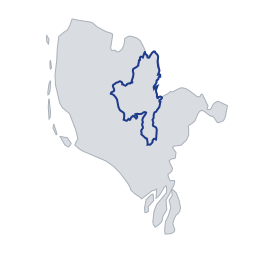 location of Gelderland within Netherlands, rotated 279°
{"feature_id": "NLD-896", "entity_name": "Gelderland", "entity_type": "Province", "adm_level": 1, "iso_a3": "NLD", "parent_name": "Netherlands", "parent_adm1": "", "projection": "natural_earth1", "projection_center": [5.899, 52.128], "detail": "fine", "context": "in_parent", "style": "outline", "palette": "blue", "viewbox_px": 256, "rotation_deg": 279, "n_neighbors": 0, "source": "natural_earth", "source_scale": "10m", "svg_char_len": 6334}
<svg xmlns="http://www.w3.org/2000/svg" viewBox="0 0 256 256"><g transform="rotate(279 128 128)"><path d="M165.7,222.7L160.4,222.6L155.5,222.5L152.8,222.1L150.1,221.1L148.8,219.0L147.3,216.5L147.7,215.0L152.3,210.7L153.0,209.5L152.5,208.8L153.0,206.9L156.5,200.4L157.0,197.8L155.4,196.0L153.1,194.9L145.7,193.0L142.2,190.3L140.5,188.0L138.9,187.3L136.5,188.1L130.3,189.0L125.3,187.7L119.4,183.2L118.1,179.2L117.3,176.2L115.9,175.1L113.9,176.7L111.4,179.2L106.4,179.5L105.0,178.9L104.8,177.5L104.5,176.2L103.1,174.6L101.7,173.7L95.3,178.2L93.0,178.2L90.1,176.5L88.6,174.7L85.4,175.7L82.5,177.9L83.4,181.9L81.9,182.6L78.3,182.2L74.3,180.6L69.7,179.6L62.9,176.8L53.4,179.1L46.8,176.4L41.3,176.1L37.9,174.0L34.2,170.4L36.8,168.0L39.4,167.2L49.5,166.7L56.8,168.2L69.9,176.0L73.2,175.9L76.8,174.9L75.0,172.8L71.7,171.8L66.8,169.7L62.9,166.7L72.1,165.8L70.9,164.2L69.7,161.6L60.1,152.5L61.8,150.1L64.2,144.8L67.3,140.4L69.7,139.3L73.7,136.1L82.4,127.1L87.9,119.7L92.1,110.9L98.2,86.7L100.0,82.6L102.9,78.1L106.5,79.0L109.0,80.3L117.8,76.8L133.1,67.9L137.6,60.2L142.0,56.6L159.4,49.6L169.1,47.6L183.9,47.0L194.6,45.8L207.5,45.3L212.5,49.6L215.3,52.8L219.9,54.5L227.0,55.7L226.7,62.0L226.8,74.3L226.3,76.5L223.1,81.7L219.8,91.0L218.9,97.1L217.9,98.3L204.3,98.3L202.4,99.3L202.1,100.7L202.8,102.3L202.5,103.8L201.4,105.1L202.0,107.1L204.4,109.5L208.7,110.9L213.3,111.0L215.6,110.8L217.4,112.4L219.1,115.0L219.0,118.2L218.3,122.5L216.2,126.5L209.9,131.1L207.1,132.7L204.5,133.5L203.2,134.7L202.6,136.3L202.8,137.7L207.3,141.3L207.2,142.2L205.9,144.1L204.2,145.9L192.6,149.7L187.8,149.4L185.1,151.3L184.3,151.6L181.2,149.9L174.5,147.9L172.0,148.6L170.6,149.7L166.3,151.0L163.3,153.1L163.3,155.7L168.7,162.6L170.6,164.0L170.6,166.5L173.3,169.8L175.9,173.8L176.2,176.4L175.9,179.0L174.5,182.7L169.9,191.3L169.8,193.0L170.2,194.2L171.8,194.6L173.0,195.2L172.7,196.4L163.9,202.4L162.8,203.5L159.1,203.2L158.6,204.2L159.1,205.8L160.5,207.2L163.6,208.0L166.3,209.5L168.5,212.5L165.7,222.7ZM74.3,180.6L73.5,183.1L71.4,185.8L64.5,189.8L57.4,192.4L53.7,192.1L51.2,190.7L49.8,189.3L46.0,187.9L40.8,187.2L37.5,188.7L35.2,190.1L33.1,189.9L31.6,188.7L30.4,186.9L29.0,181.2L32.9,180.1L41.3,179.7L47.9,181.7L56.5,182.7L63.1,179.9L68.3,182.3L74.3,180.6ZM60.2,157.2L65.2,160.8L66.2,162.0L66.6,163.2L60.2,164.7L53.4,160.2L48.9,161.3L47.2,159.2L47.2,157.9L51.9,156.8L60.2,157.2ZM108.9,69.6L103.8,74.3L100.8,73.0L99.9,71.9L101.4,68.3L109.0,62.2L108.9,69.6ZM131.5,49.0L126.7,49.5L124.6,48.6L136.0,46.0L143.3,45.2L144.6,45.5L131.5,49.0ZM162.3,44.2L152.2,45.2L148.8,44.4L148.2,43.7L151.0,43.2L159.6,43.1L162.2,43.8L162.3,44.2ZM120.4,54.0L110.9,58.9L110.1,58.1L116.2,53.9L120.4,54.0ZM203.3,36.1L198.6,36.3L200.0,34.6L204.3,33.3L206.7,33.3L203.3,36.1ZM182.9,40.8L175.7,43.0L174.0,42.5L174.4,41.9L180.7,40.5L182.9,40.8Z" fill="#d9dde1" stroke="#a8b0b8" stroke-width="1"/><path d="M205.6,132.9L205.3,132.9L204.5,133.3L203.6,134.0L203.4,134.3L203.0,135.2L202.5,135.6L201.9,135.8L201.4,135.9L200.9,136.1L200.6,136.7L200.7,137.7L201.5,138.2L202.6,138.5L206.0,140.0L207.3,141.1L207.6,141.4L207.7,141.8L207.7,142.6L207.4,142.8L207.0,142.9L206.6,143.3L205.4,145.0L204.3,146.1L202.9,146.7L198.3,146.8L193.2,148.2L190.6,149.7L189.8,150.0L188.7,150.0L185.4,149.3L185.9,150.8L185.7,151.4L183.7,151.8L183.6,150.8L182.7,150.4L180.7,150.2L179.9,149.2L179.6,148.9L179.1,148.8L177.5,149.1L175.8,148.5L174.1,147.5L172.5,146.9L170.7,147.6L171.4,148.0L173.3,149.6L174.0,150.5L173.2,150.3L171.9,150.1L170.3,149.7L168.2,150.1L167.4,150.5L166.4,151.1L165.4,151.4L163.3,151.7L162.4,152.2L162.2,152.8L163.4,153.5L164.1,154.8L164.0,156.1L163.2,156.8L162.9,156.9L161.6,156.1L161.4,156.0L160.5,155.0L160.3,154.7L160.1,154.7L159.9,154.7L159.3,154.8L158.9,155.0L158.9,155.9L153.6,155.7L150.0,153.7L149.0,153.5L148.5,153.2L147.8,152.0L147.5,151.7L145.2,151.3L141.9,151.7L141.2,151.5L140.2,150.9L139.2,151.2L138.2,151.8L137.1,152.2L135.1,152.0L134.0,152.5L133.6,153.8L133.3,154.9L132.7,155.7L131.7,156.3L130.8,156.7L121.3,157.5L120.9,157.4L121.4,156.3L121.4,155.3L119.5,154.2L119.0,154.4L117.7,154.4L115.8,153.2L115.0,152.5L114.9,151.9L114.9,151.6L114.8,150.9L114.9,150.4L114.6,149.9L116.1,149.8L120.1,148.5L120.6,148.2L120.7,147.9L120.6,147.6L120.5,147.2L122.3,144.6L122.5,144.3L123.8,142.2L124.6,142.3L125.8,142.1L126.8,141.6L127.5,141.4L130.4,142.7L131.5,142.5L133.0,141.6L134.1,141.3L135.5,141.7L136.1,141.8L136.6,141.6L137.6,141.0L138.2,140.9L140.4,141.2L144.4,143.1L146.1,143.5L146.3,143.1L146.3,142.1L146.3,141.8L146.2,141.5L146.0,141.2L145.6,140.6L144.6,139.7L143.9,138.8L143.5,136.8L143.5,135.2L143.4,134.8L143.4,134.5L142.9,133.1L142.1,133.3L142.3,133.8L142.3,134.0L142.2,134.3L142.0,134.6L141.8,134.8L141.6,134.9L141.4,134.9L141.2,135.0L140.7,135.3L140.2,135.4L138.8,134.9L138.7,134.8L138.6,134.6L139.0,134.3L139.2,134.1L139.4,133.9L139.7,133.2L140.1,132.5L140.6,132.6L140.6,132.4L140.6,132.1L140.6,131.7L140.8,131.3L140.9,131.1L140.7,130.9L140.3,130.5L139.9,130.3L139.7,130.2L139.2,129.7L138.9,129.4L137.8,129.2L136.6,128.9L136.3,128.5L136.3,128.3L136.8,128.0L136.9,127.8L137.1,127.1L135.2,125.9L134.9,125.5L135.0,124.8L135.2,123.7L135.5,122.4L136.4,122.6L140.1,122.3L141.9,121.8L142.9,120.4L143.5,118.9L144.3,117.3L145.4,116.5L146.8,115.5L148.2,114.9L149.9,114.3L152.2,113.5L154.2,112.8L155.4,111.9L156.4,111.0L157.6,109.6L158.5,108.4L159.0,106.7L159.1,105.7L159.8,105.7L160.3,105.8L161.0,106.5L162.1,108.1L162.4,108.4L162.8,108.5L164.4,108.1L166.0,107.0L167.5,106.4L168.1,106.6L168.5,106.7L168.8,107.2L169.2,107.8L170.1,108.6L170.5,108.8L170.8,109.2L171.3,110.3L171.7,111.1L172.7,112.3L172.8,112.4L172.9,112.7L172.8,113.4L172.1,115.0L170.4,115.4L170.2,115.5L170.4,116.1L170.4,116.3L169.9,116.9L169.5,118.4L169.4,118.8L169.6,119.1L170.1,119.7L170.3,119.9L171.4,120.3L172.3,122.2L172.3,122.7L172.2,122.9L172.3,123.1L172.5,123.3L173.1,123.5L173.3,123.6L173.4,124.0L173.2,124.4L173.2,124.5L173.3,124.7L173.4,124.9L173.9,125.2L174.0,125.2L174.5,124.7L175.0,124.4L175.7,124.4L179.3,125.0L182.5,124.9L183.0,124.8L183.8,124.3L185.5,123.8L187.1,123.9L187.4,124.3L189.9,127.2L191.4,128.4L192.6,128.2L194.6,128.4L196.1,128.2L196.4,128.2L196.7,128.3L196.8,128.6L196.9,128.9L196.9,129.1L197.1,129.2L197.3,129.2L199.1,128.8L199.5,128.9L200.0,129.1L200.4,129.4L200.4,129.6L200.5,130.3L200.5,130.7L200.0,131.6L205.0,132.5L205.6,132.8L205.6,132.9Z" fill="none" stroke="#1e3a8a" stroke-width="2"/></g></svg>